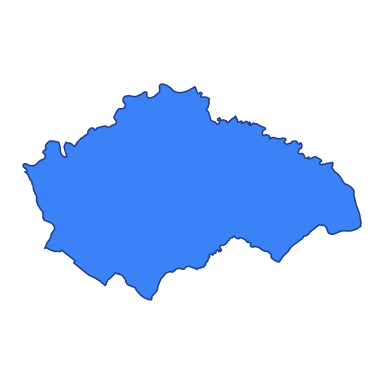 outline of Agua De Dios, Cundinamarca, Colombia
{"feature_id": "7082276B68693842592572", "entity_name": "Agua De Dios", "entity_type": "district", "adm_level": 2, "iso_a3": "COL", "parent_name": "Colombia", "parent_adm1": "Cundinamarca", "projection": "mercator", "projection_center": [-74.665, 4.372], "detail": "fine", "context": "isolated", "style": "filled", "palette": "blue", "viewbox_px": 384, "rotation_deg": 0, "n_neighbors": 0, "source": "geoboundaries", "source_scale": "gbopen_adm2", "svg_char_len": 5959}
<svg xmlns="http://www.w3.org/2000/svg" viewBox="0 0 384 384"><path d="M360.8,226.4L360.6,225.4L361.0,223.2L359.6,214.2L356.2,204.9L355.4,201.5L353.8,194.9L354.0,190.7L352.8,189.0L350.9,187.0L348.3,185.2L344.4,183.6L341.3,178.7L341.0,177.9L338.5,174.8L336.9,173.2L335.0,172.0L334.4,171.3L331.8,167.6L332.5,166.3L332.9,163.9L332.9,163.1L332.4,162.6L331.4,162.5L328.1,163.4L326.7,163.3L325.0,164.2L323.4,164.0L322.6,164.5L321.1,164.6L319.8,163.7L319.7,163.0L319.7,162.3L320.0,161.9L321.4,161.5L321.3,160.4L320.5,159.4L315.9,156.9L314.2,156.7L311.8,158.3L311.4,158.4L310.8,158.2L309.2,158.8L308.9,157.4L308.7,157.0L308.3,157.1L307.2,158.3L305.0,157.8L304.6,157.5L304.1,155.3L303.1,154.0L302.3,153.5L301.5,153.4L299.5,154.0L298.8,153.6L298.5,153.1L298.4,151.8L299.3,149.2L301.1,148.5L301.7,147.5L301.8,144.6L301.5,143.9L300.8,142.9L300.2,142.8L299.3,144.2L299.0,144.4L297.5,143.4L297.2,142.0L296.6,141.4L295.2,141.1L293.4,141.1L292.1,141.4L291.2,143.3L289.5,143.2L288.3,143.9L286.5,144.3L284.9,142.9L284.2,141.9L284.4,141.3L285.6,140.2L285.8,139.6L285.5,138.8L284.3,138.2L282.6,138.1L280.9,138.6L279.0,138.7L276.3,138.4L274.5,137.7L273.2,137.5L271.9,137.7L269.9,139.0L269.7,136.4L268.3,135.3L266.3,134.7L265.3,134.8L263.7,135.7L262.9,135.5L262.6,135.2L262.5,131.6L263.3,130.5L265.4,129.2L265.4,128.4L264.7,127.7L260.5,125.9L256.8,123.9L255.9,123.7L254.7,123.9L253.9,123.1L253.1,123.1L251.2,125.2L250.8,125.3L250.5,124.7L250.4,123.2L249.3,122.1L248.9,122.4L249.5,124.4L249.6,125.0L249.2,125.1L248.7,124.6L248.0,123.1L247.1,121.8L246.1,121.3L243.5,123.0L242.6,123.2L241.6,123.0L242.0,122.2L241.9,121.3L240.1,121.3L238.9,122.2L237.8,122.2L237.6,121.8L237.4,119.5L236.2,118.2L236.0,116.8L235.6,116.3L235.0,116.5L234.3,117.7L232.8,118.3L228.0,122.4L227.1,122.7L226.9,122.5L226.4,120.8L223.3,119.9L221.1,120.3L220.5,119.6L219.7,118.0L219.1,117.9L217.7,119.1L217.5,120.0L218.2,120.7L219.8,121.3L219.9,122.0L218.3,124.0L216.8,124.0L215.1,122.1L211.4,120.7L210.3,118.5L210.1,116.8L208.9,113.8L208.7,112.3L206.6,110.1L206.6,109.1L208.1,107.2L208.1,106.2L208.9,104.2L209.1,102.7L208.6,101.0L209.3,99.9L209.4,99.1L208.0,97.8L205.6,97.0L201.5,97.1L200.8,96.7L200.8,96.0L201.9,93.9L201.9,93.0L200.5,92.4L198.7,93.6L197.9,93.6L196.3,90.2L195.2,87.1L194.8,86.8L189.2,90.1L185.7,91.7L181.9,92.5L178.8,92.6L176.2,92.1L173.9,91.2L170.7,88.0L167.1,85.5L163.2,84.1L161.8,84.1L160.7,84.4L159.9,85.1L159.4,86.2L159.8,90.5L159.3,92.2L153.9,96.7L151.6,97.6L149.9,98.1L148.5,98.0L147.3,97.3L146.7,95.3L147.1,93.3L146.9,92.6L145.1,91.8L143.8,92.3L141.3,94.3L139.5,94.9L137.4,96.1L134.3,96.7L129.0,95.7L126.1,96.0L124.9,96.5L123.5,97.7L123.0,100.0L123.2,101.7L125.2,104.1L125.3,105.0L125.1,106.0L124.3,107.8L122.9,108.7L119.5,108.7L118.4,109.2L116.7,111.5L114.1,116.6L114.0,117.8L114.5,118.9L116.2,121.0L116.4,122.1L116.2,123.7L111.9,125.4L108.7,127.5L108.1,127.4L106.2,126.3L104.6,126.0L97.3,127.9L95.3,129.9L94.3,129.7L93.7,128.5L93.0,128.1L91.3,128.1L90.6,128.4L89.7,129.0L88.5,130.2L88.0,131.2L87.7,134.0L84.4,135.9L83.1,137.1L80.9,138.5L77.3,142.3L75.0,145.9L74.4,146.1L73.8,146.0L71.6,144.0L69.9,143.1L67.5,142.9L66.1,142.2L64.4,145.5L64.1,147.3L66.7,156.2L66.7,156.7L66.2,156.9L65.2,157.0L63.2,156.3L61.4,154.5L60.5,151.9L60.1,146.9L59.0,142.8L57.9,142.0L56.3,141.6L51.7,141.0L49.9,141.0L47.9,142.4L46.1,144.4L45.7,145.3L45.6,149.6L43.1,151.3L43.0,152.6L44.8,154.5L45.2,155.3L45.1,157.5L44.6,158.7L40.6,160.3L37.6,162.8L36.5,164.0L34.4,165.5L32.1,165.8L30.6,165.7L28.3,165.0L27.4,164.3L25.9,163.8L24.5,163.8L23.7,164.2L23.2,164.9L23.0,165.8L23.5,167.0L25.7,168.8L26.9,170.1L27.3,170.9L26.5,171.8L25.2,171.9L27.8,174.3L29.8,179.1L31.9,182.1L32.0,183.9L33.2,185.8L33.3,188.4L34.1,191.3L35.0,192.5L35.0,193.7L36.1,195.0L36.6,196.3L36.5,200.6L37.7,204.8L39.4,207.0L40.5,209.5L42.8,211.5L42.7,213.3L43.2,214.6L42.9,217.0L43.1,218.5L43.9,219.4L44.2,220.2L50.3,222.5L51.6,223.3L53.6,225.3L54.6,227.8L54.6,229.4L51.6,233.4L51.1,234.8L50.8,237.0L50.2,238.5L47.0,243.0L44.9,248.1L46.0,247.9L47.2,248.1L49.6,249.6L54.7,251.4L56.6,251.3L59.8,251.7L60.4,251.5L61.4,250.1L75.1,260.7L73.8,262.9L87.4,274.0L88.5,274.8L94.1,277.5L99.3,280.6L105.4,285.5L107.4,280.7L108.3,279.6L111.4,277.1L115.4,272.9L118.0,274.1L119.0,273.5L120.0,274.7L122.4,275.2L123.4,277.0L125.4,279.4L125.7,280.3L125.6,281.5L127.9,284.9L128.6,285.3L129.9,285.4L131.9,286.6L133.9,286.9L135.3,288.2L136.3,290.1L140.2,294.7L143.7,297.4L146.7,298.8L149.4,299.7L151.1,299.9L151.8,299.0L152.0,296.1L155.5,292.6L157.2,290.2L158.0,286.0L160.4,280.1L161.5,278.0L162.9,277.0L165.9,273.0L169.4,271.8L171.3,271.8L172.6,272.2L174.0,271.2L176.0,269.3L177.5,268.5L180.0,268.4L182.2,269.1L184.0,269.1L186.9,266.4L189.1,266.4L194.1,268.0L197.1,269.5L197.2,268.9L197.8,268.5L201.3,267.8L201.9,266.8L203.5,267.2L204.1,265.9L204.8,265.6L205.5,264.7L205.9,263.3L205.8,262.1L207.1,261.9L207.8,261.0L207.8,260.0L208.4,259.4L208.4,258.2L209.7,257.1L209.2,256.0L209.5,254.8L211.0,254.3L212.8,255.1L213.4,253.4L213.8,253.2L214.4,253.5L215.8,253.0L215.9,251.3L217.9,250.0L218.7,251.5L219.7,250.5L220.1,250.8L220.2,251.5L220.6,251.4L221.2,250.7L221.4,249.7L219.7,247.2L219.5,246.3L222.4,245.2L223.4,245.2L224.9,244.6L226.4,243.4L227.7,241.2L229.1,240.2L230.1,238.3L230.6,237.9L232.2,237.9L233.3,236.4L234.3,236.4L235.2,237.4L237.9,238.8L238.8,238.7L240.1,237.7L242.1,238.1L244.8,239.6L245.7,240.3L247.2,242.2L249.3,242.5L250.5,243.0L250.8,243.9L250.3,245.1L250.7,246.3L251.3,246.8L252.5,247.1L255.2,246.6L257.2,246.9L259.8,248.1L262.5,250.2L265.2,251.3L267.2,251.5L268.2,251.9L270.9,254.2L271.1,254.8L271.1,257.0L271.8,258.2L274.5,260.2L277.2,261.7L278.2,261.9L279.3,261.8L282.9,256.5L288.1,251.5L289.9,248.6L292.3,245.9L302.0,238.8L303.7,236.4L306.4,235.5L308.4,234.4L310.0,232.0L318.9,225.0L324.3,225.5L325.7,226.7L326.6,228.3L327.1,230.1L328.0,231.6L328.1,232.6L329.2,233.5L331.1,234.1L332.7,234.2L334.9,233.7L340.4,231.4L342.6,230.8L350.1,231.0L353.6,230.2L357.3,228.7L358.9,227.3L360.8,226.4Z" fill="#3b82f6" stroke="#1e3a8a" stroke-width="1.5"/></svg>